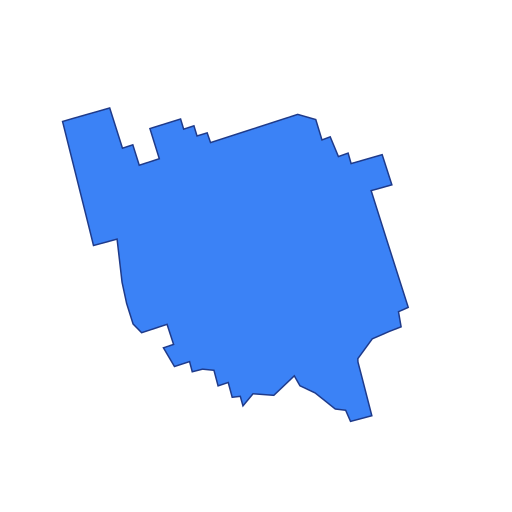 Calhoun, Alabama, United States of America, rotated 252°
{"feature_id": "52423323B11453074056273", "entity_name": "Calhoun", "entity_type": "district", "adm_level": 2, "iso_a3": "USA", "parent_name": "United States of America", "parent_adm1": "Alabama", "projection": "orthographic", "projection_center": [-85.86, 33.762], "detail": "fine", "context": "isolated", "style": "filled", "palette": "blue", "viewbox_px": 512, "rotation_deg": 252, "n_neighbors": 0, "source": "geoboundaries", "source_scale": "gbopen_adm2", "svg_char_len": 935}
<svg xmlns="http://www.w3.org/2000/svg" viewBox="0 0 512 512"><g transform="rotate(252 256 256)"><path d="M117.5,197.3L125.9,210.6L118.0,229.9L130.2,255.4L119.0,257.7L107.4,270.0L86.0,284.1L81.6,293.6L69.5,294.8L68.3,316.8L108.5,319.3L123.7,320.2L126.9,321.1L141.3,341.0L143.1,359.6L143.8,372.1L159.0,374.3L160.1,384.9L233.1,385.3L282.6,385.7L281.7,407.2L313.4,407.3L314.5,375.0L325.4,375.4L325.1,365.1L346.4,363.4L346.0,354.6L367.3,355.0L377.8,339.4L377.9,247.8L388.2,247.6L388.4,237.0L399.0,237.2L399.0,226.4L409.6,226.6L410.0,194.5L378.4,194.1L378.4,173.0L399.8,173.2L399.8,162.3L442.0,162.6L443.4,124.3L443.7,113.6L332.6,105.9L316.2,104.7L315.0,129.1L272.4,120.5L250.9,118.3L229.3,118.1L218.4,123.5L218.5,150.3L197.4,150.3L197.3,139.6L176.1,144.3L176.1,152.5L176.1,160.2L165.6,159.6L164.9,170.2L160.3,180.7L144.2,179.8L144.3,190.5L129.0,189.7L127.4,197.7L117.5,197.3Z" fill="#3b82f6" stroke="#1e3a8a" stroke-width="1.5"/></g></svg>